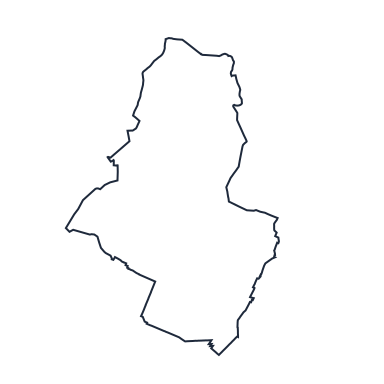 the district of Venustiano Carranza, Michoacán, Mexico, rotated 113°
{"feature_id": "50627088B62018556431099", "entity_name": "Venustiano Carranza", "entity_type": "district", "adm_level": 2, "iso_a3": "MEX", "parent_name": "Mexico", "parent_adm1": "Michoacán", "projection": "natural_earth1", "projection_center": [-102.661, 20.146], "detail": "fine", "context": "isolated", "style": "outline", "palette": "slate", "viewbox_px": 384, "rotation_deg": 113, "n_neighbors": 0, "source": "geoboundaries", "source_scale": "gbopen_adm2", "svg_char_len": 5749}
<svg xmlns="http://www.w3.org/2000/svg" viewBox="0 0 384 384"><g transform="rotate(113 192 192)"><path d="M57.1,203.8L56.0,204.2L55.4,204.5L55.1,205.1L54.8,205.6L52.4,207.8L52.0,208.7L51.9,210.1L52.0,210.6L52.3,211.3L52.6,211.7L52.1,212.2L51.9,212.8L51.8,213.7L51.8,214.3L51.8,214.5L51.8,215.0L51.9,215.7L52.3,216.3L52.9,217.0L53.6,217.8L54.9,218.7L55.7,219.5L56.3,220.1L56.9,222.4L60.3,232.2L61.7,236.0L61.6,236.6L61.7,236.9L61.4,237.3L61.3,237.7L61.6,238.0L61.3,238.5L61.1,239.6L60.5,241.9L58.5,249.2L56.9,255.1L55.6,260.4L57.3,265.3L58.4,269.2L58.4,270.0L58.6,271.2L58.9,271.8L59.1,272.7L59.4,273.6L60.2,274.4L61.5,275.9L61.6,276.0L62.8,275.5L64.6,275.1L66.0,274.9L67.3,274.4L68.5,274.1L69.2,273.7L70.5,273.2L71.9,273.0L73.1,272.9L74.2,272.9L75.1,272.9L76.0,273.0L77.4,273.3L78.6,273.8L79.9,274.5L81.1,275.3L83.1,276.3L84.4,277.0L85.9,277.9L86.7,278.2L87.6,278.4L88.7,278.7L91.5,279.4L93.1,280.0L95.5,281.4L96.5,281.8L99.8,283.6L100.5,283.9L101.3,284.0L101.8,283.9L102.4,283.8L104.7,282.4L105.8,281.8L106.9,281.1L108.1,280.4L109.0,280.1L110.4,279.7L112.5,279.0L114.2,278.7L118.4,278.1L120.2,277.9L121.5,277.6L122.2,277.4L123.0,277.2L123.9,276.9L124.7,276.8L126.0,276.7L127.8,276.7L130.1,276.7L130.9,276.6L132.8,276.1L133.5,276.0L140.3,276.5L144.7,276.1L145.3,273.6L146.0,271.4L147.1,268.1L148.2,268.1L151.2,268.2L153.6,268.2L154.7,268.3L155.2,268.4L155.6,268.5L156.7,269.3L157.8,270.0L158.6,270.6L158.8,270.9L159.0,271.5L160.8,275.3L161.1,275.1L165.4,272.2L168.0,270.5L169.7,269.4L187.6,278.2L191.1,279.9L192.2,280.4L192.3,281.4L192.4,282.2L192.5,283.0L192.9,283.3L193.0,283.2L195.8,278.6L194.9,277.8L193.3,276.7L193.7,276.2L198.0,274.5L197.0,271.2L195.8,271.2L202.5,268.2L210.5,265.1L215.1,271.1L219.7,275.1L225.3,277.6L225.4,279.7L225.8,280.9L226.8,282.1L242.1,289.2L252.2,290.1L258.5,291.7L274.5,294.0L276.5,289.2L273.2,286.6L273.1,285.6L271.1,269.4L270.1,268.0L269.3,265.3L270.0,261.8L270.2,261.4L271.0,260.8L274.9,257.6L279.0,254.0L281.3,249.4L281.9,247.6L282.4,242.1L284.5,239.8L285.3,239.6L285.2,237.9L283.4,237.6L282.0,237.5L282.2,235.0L282.3,233.9L282.7,231.2L282.9,230.6L283.4,229.5L283.5,227.7L283.4,227.7L283.4,226.8L283.4,226.4L283.4,225.1L283.4,224.7L285.3,224.6L285.3,223.9L285.3,223.6L285.2,222.8L285.2,222.3L287.0,222.1L286.9,220.8L287.6,220.6L287.4,218.8L287.6,218.3L287.5,217.2L287.4,215.9L288.2,211.9L288.3,211.0L288.4,208.5L288.6,208.4L288.8,190.9L299.9,190.7L300.2,190.6L303.6,190.6L304.7,190.6L304.8,190.6L306.8,190.6L307.1,190.5L309.5,190.5L311.9,190.5L314.2,190.5L314.3,190.4L316.6,190.4L319.0,190.3L321.5,190.3L323.8,190.3L326.2,190.4L326.2,190.0L326.2,189.1L326.2,188.5L328.5,186.2L329.8,184.9L329.8,182.3L331.0,182.3L331.0,179.6L331.0,178.3L330.9,176.9L330.9,175.6L330.9,174.2L330.9,173.0L330.9,171.6L330.9,170.3L330.9,169.1L330.9,167.7L330.9,166.4L330.9,163.7L330.8,162.4L330.9,161.1L330.8,159.8L330.8,158.5L330.8,157.1L330.8,155.9L330.8,154.6L330.8,153.2L330.8,151.9L330.8,150.5L330.8,149.2L330.8,147.2L330.9,146.6L331.4,144.4L332.2,140.2L332.2,139.9L331.1,137.8L330.0,135.5L328.8,133.0L328.7,132.8L327.5,130.5L327.0,129.2L326.4,128.1L325.4,125.9L325.3,125.7L324.2,123.4L323.2,121.3L323.0,120.8L322.0,118.6L320.8,116.2L323.2,116.6L325.5,117.1L325.0,115.8L324.4,114.8L324.3,114.6L326.7,115.0L325.5,112.6L327.9,113.1L328.4,113.2L329.9,108.5L329.9,108.4L330.1,107.8L330.9,105.6L331.5,103.6L329.5,102.8L327.6,102.0L326.5,101.6L325.5,101.2L323.6,100.4L321.6,99.6L319.6,98.8L317.7,98.1L316.6,97.6L315.7,97.2L313.7,96.5L311.6,95.6L309.6,94.9L307.5,94.0L307.3,93.9L307.4,93.0L306.0,93.6L304.2,94.5L302.1,95.4L300.2,96.3L299.8,96.5L298.9,96.9L298.9,97.2L298.8,97.3L296.4,98.2L293.8,99.2L292.8,99.5L292.3,99.7L291.9,99.7L291.0,99.5L290.7,99.4L289.7,99.2L289.1,99.0L288.2,98.9L284.4,98.0L282.6,97.6L280.1,96.4L277.6,96.2L275.3,96.0L272.9,95.8L270.6,95.7L270.4,94.5L268.0,94.7L267.8,93.8L265.6,93.7L265.9,95.5L266.1,97.5L265.7,97.5L260.4,97.1L258.0,96.9L256.2,96.9L255.8,97.1L255.9,98.6L253.4,98.5L252.4,98.3L250.9,98.4L248.4,98.4L246.0,98.3L245.8,96.8L243.4,96.0L243.4,96.6L240.9,96.5L240.9,96.1L238.7,96.2L236.4,96.5L236.2,96.5L231.7,96.8L229.2,96.6L228.9,96.5L224.0,93.5L221.9,92.2L219.7,90.1L219.6,91.1L217.2,91.4L217.2,91.1L216.4,91.5L214.9,92.6L213.7,93.5L213.4,93.4L212.6,93.4L210.2,93.6L208.0,93.7L207.8,93.7L205.4,93.8L205.5,92.6L205.2,92.5L203.5,92.7L201.1,94.2L200.2,94.7L200.2,96.2L200.1,98.2L197.8,98.2L196.3,98.2L196.0,98.9L195.6,100.1L195.2,101.1L194.8,101.5L192.9,102.4L191.6,102.9L189.9,103.7L189.0,104.0L187.3,103.7L184.4,103.0L182.5,103.0L182.6,106.0L182.7,110.3L182.7,113.7L182.6,116.3L182.6,116.9L182.9,118.3L183.5,121.5L183.6,126.0L185.1,127.8L187.4,134.4L187.0,143.5L186.4,154.3L183.3,156.1L183.0,156.4L181.8,157.2L178.6,159.2L178.3,159.3L174.2,162.3L166.1,162.0L164.8,162.0L163.7,161.9L161.2,161.3L158.7,160.8L155.1,159.9L151.7,159.2L150.5,158.9L149.7,159.1L144.5,160.3L140.4,161.2L130.3,163.3L128.7,163.4L127.6,163.0L126.4,162.5L124.8,161.6L124.2,161.4L123.7,161.7L122.2,163.3L119.6,166.3L113.8,172.5L110.9,175.7L108.2,178.6L106.7,179.2L104.3,180.1L102.1,180.9L101.4,181.3L99.8,183.6L97.6,186.9L96.8,187.7L96.1,187.8L95.3,187.2L95.3,186.7L95.3,186.2L95.3,185.7L95.2,185.2L94.8,184.2L94.5,183.5L94.2,183.0L93.8,182.4L93.3,181.9L92.9,181.5L92.4,181.2L92.1,181.0L91.6,180.8L91.3,180.8L91.0,180.7L90.6,180.8L88.5,181.9L87.4,182.4L86.8,183.1L86.8,183.3L86.3,183.9L85.5,185.1L85.1,185.5L84.9,185.8L84.1,186.2L83.2,186.6L81.7,187.0L80.4,187.3L79.5,187.4L78.9,187.6L78.2,188.2L77.2,189.0L76.5,189.7L75.9,190.4L75.7,190.7L75.2,191.2L74.3,192.3L73.7,192.9L72.2,194.1L71.1,195.0L70.2,195.7L69.2,196.3L68.6,196.8L68.0,197.2L67.6,197.5L69.0,200.2L69.8,200.8L68.8,201.8L67.7,202.6L66.2,203.0L65.4,202.9L64.6,202.6L63.3,202.7L61.6,203.3L59.1,203.7L57.1,203.8Z" fill="none" stroke="#1e293b" stroke-width="2"/></g></svg>